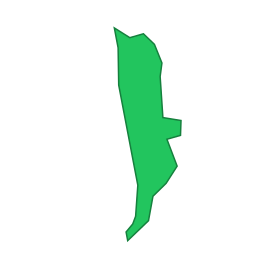 the border of Rojas, rotated 228°
{"feature_id": "LVA-5722", "entity_name": "Rojas", "entity_type": "Municipality", "adm_level": 1, "iso_a3": "LVA", "parent_name": "Latvia", "parent_adm1": "", "projection": "robinson", "projection_center": [22.732, 57.524], "detail": "fine", "context": "isolated", "style": "filled", "palette": "green", "viewbox_px": 256, "rotation_deg": 228, "n_neighbors": 0, "source": "natural_earth", "source_scale": "10m", "svg_char_len": 415}
<svg xmlns="http://www.w3.org/2000/svg" viewBox="0 0 256 256"><g transform="rotate(228 128 128)"><path d="M52.0,57.0L53.5,67.3L57.3,74.6L78.9,97.0L166.1,149.8L194.2,174.3L211.5,184.8L193.9,189.8L187.7,202.5L172.5,203.6L153.6,196.7L144.7,186.3L112.4,160.9L98.1,172.4L87.4,162.1L93.6,149.4L66.8,139.0L61.4,119.3L60.6,100.9L45.4,81.2L44.5,52.4L52.0,57.0Z" fill="#22c55e" stroke="#15803d" stroke-width="1.5"/></g></svg>